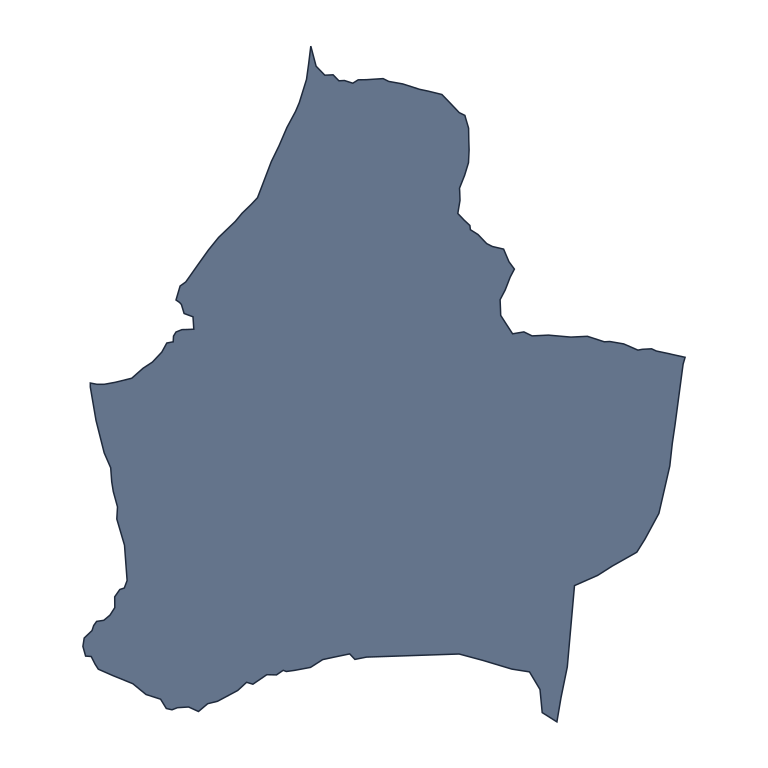 outline of Wamba, Nassarawa, Nigeria
{"feature_id": "59680162B37281482686762", "entity_name": "Wamba", "entity_type": "district", "adm_level": 2, "iso_a3": "NGA", "parent_name": "Nigeria", "parent_adm1": "Nassarawa", "projection": "robinson", "projection_center": [8.68, 9.001], "detail": "fine", "context": "isolated", "style": "filled", "palette": "slate", "viewbox_px": 768, "rotation_deg": 0, "n_neighbors": 0, "source": "geoboundaries", "source_scale": "gbopen_adm2", "svg_char_len": 2247}
<svg xmlns="http://www.w3.org/2000/svg" viewBox="0 0 768 768"><path d="M90.3,383.0L90.3,387.0L96.0,420.4L104.2,452.9L110.7,467.8L111.7,481.6L113.3,491.6L117.5,506.9L116.8,519.0L124.5,545.2L127.1,580.5L124.3,588.0L119.8,589.5L114.7,596.8L114.8,607.6L110.0,615.1L103.8,620.3L96.6,621.4L93.7,625.5L92.0,630.6L84.2,638.0L82.9,646.4L85.6,656.1L91.2,656.5L95.1,664.2L98.3,669.2L113.1,675.7L132.8,683.7L146.0,694.5L160.6,699.2L166.3,708.5L172.0,709.8L177.4,707.7L188.6,707.0L198.5,711.5L207.7,703.7L217.5,701.3L223.3,698.2L237.7,690.5L246.6,682.3L252.9,684.2L266.8,674.7L276.5,674.9L283.2,670.3L286.3,671.5L294.4,670.4L310.5,667.4L322.7,659.6L334.3,657.1L349.7,653.9L354.9,659.4L366.5,657.1L459.1,654.0L482.5,660.3L511.8,669.1L529.5,671.9L540.0,689.5L542.2,712.6L556.9,721.9L561.0,697.7L567.3,666.9L574.5,585.6L597.8,575.3L612.2,566.1L636.8,552.2L645.0,539.1L658.9,513.4L669.8,466.0L672.3,443.4L675.0,425.1L683.1,364.2L685.1,357.3L682.4,356.7L671.1,354.2L669.6,353.8L656.3,351.0L651.6,348.8L642.3,349.3L637.9,350.1L623.7,343.9L609.8,341.5L604.3,341.8L587.4,336.3L579.1,336.7L570.9,337.1L550.5,335.3L548.6,335.1L532.1,335.9L523.9,331.9L512.6,333.8L506.6,324.6L500.7,315.4L500.5,309.2L500.1,299.7L505.2,290.0L507.7,283.6L510.2,277.1L514.4,269.1L509.0,261.8L506.1,255.0L503.6,249.1L492.4,246.5L486.7,243.6L483.8,240.6L478.1,234.6L470.4,229.7L469.9,225.5L463.6,219.6L463.0,218.9L457.8,213.5L460.0,200.4L459.7,191.3L459.5,188.2L464.6,175.4L468.5,162.7L469.1,149.9L468.8,140.5L468.6,128.2L465.6,118.0L464.9,115.4L459.2,112.6L450.6,103.5L441.9,94.5L437.9,93.5L428.1,91.1L419.5,89.3L402.7,83.9L388.7,81.4L383.1,78.6L366.2,79.7L358.2,79.8L352.8,83.2L344.4,80.5L338.9,80.8L333.1,74.8L324.8,75.2L319.0,69.2L316.1,66.2L310.8,46.1L308.7,63.4L306.5,79.4L299.3,102.6L295.5,111.5L286.9,127.5L279.1,145.6L271.3,161.6L262.6,184.4L257.5,197.7L251.3,204.3L242.0,213.3L235.3,221.4L218.6,237.4L208.5,249.9L197.5,265.3L189.7,276.4L185.7,282.0L180.1,286.0L176.0,300.0L179.6,302.5L181.4,304.5L184.1,313.5L193.0,316.8L193.8,329.2L186.9,329.5L182.0,329.6L176.0,332.0L173.5,336.1L173.2,341.8L166.8,343.0L161.8,352.1L152.4,362.1L143.1,368.2L137.2,373.4L131.8,378.2L115.2,382.3L109.2,383.4L104.2,384.3L96.9,384.3L90.3,383.0Z" fill="#64748b" stroke="#1e293b" stroke-width="1.5"/></svg>